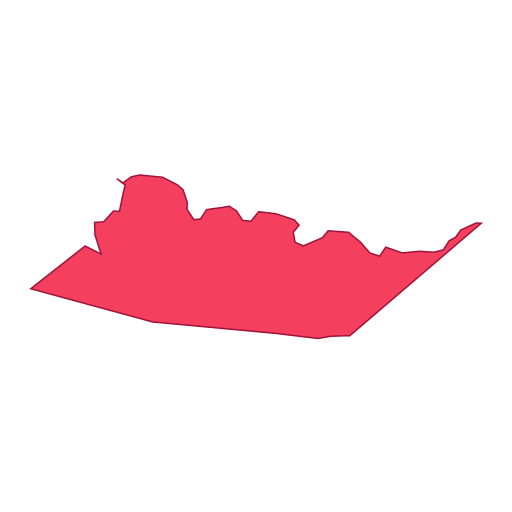 the district of Umatac, Guam, rotated 116°
{"feature_id": "77769853B97114790292533", "entity_name": "Umatac", "entity_type": "district", "adm_level": 2, "iso_a3": "GUM", "parent_name": "Guam", "parent_adm1": "", "projection": "equal_earth", "projection_center": [144.66, 13.31], "detail": "fine", "context": "isolated", "style": "filled", "palette": "rose", "viewbox_px": 512, "rotation_deg": 116, "n_neighbors": 0, "source": "geoboundaries", "source_scale": "gbopen_adm2", "svg_char_len": 895}
<svg xmlns="http://www.w3.org/2000/svg" viewBox="0 0 512 512"><g transform="rotate(116 256 256)"><path d="M127.8,67.9L129.9,72.7L142.8,83.3L151.6,84.8L157.7,89.1L168.3,90.3L174.6,97.7L180.1,111.2L189.1,125.9L191.2,143.3L201.9,144.7L203.4,154.9L197.9,167.8L194.1,183.2L201.7,202.2L210.6,204.4L226.1,217.9L226.6,226.9L218.3,232.9L209.4,230.8L206.7,237.4L209.3,256.6L215.0,273.0L227.0,275.8L229.8,283.6L225.0,291.7L224.0,293.4L223.0,301.9L227.2,307.6L232.4,315.5L236.0,320.7L247.0,322.1L250.6,327.9L244.3,338.4L237.8,341.4L228.4,350.7L226.5,357.9L226.2,374.6L234.2,396.1L239.5,402.8L248.6,407.6L247.5,415.0L249.6,404.6L256.2,403.3L275.8,398.3L278.0,403.8L292.1,407.9L296.6,415.8L307.6,410.0L322.2,396.1L321.9,414.0L347.4,426.3L368.4,436.5L384.2,444.1L360.6,319.9L317.0,204.6L303.0,164.2L295.3,153.5L289.2,142.0L286.6,136.8L127.8,67.9Z" fill="#f43f5e" stroke="#9f1239" stroke-width="1.5"/></g></svg>